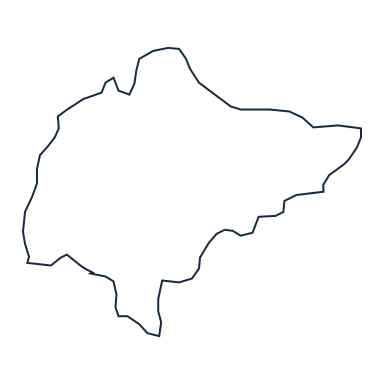 Okcheon-gun, North Chungcheong, South Korea (Mercator projection)
{"feature_id": "91817680B1659695850463", "entity_name": "Okcheon-gun", "entity_type": "district", "adm_level": 2, "iso_a3": "KOR", "parent_name": "South Korea", "parent_adm1": "North Chungcheong", "projection": "mercator", "projection_center": [127.662, 36.302], "detail": "fine", "context": "isolated", "style": "outline", "palette": "slate", "viewbox_px": 384, "rotation_deg": 0, "n_neighbors": 0, "source": "geoboundaries", "source_scale": "gbopen_adm2", "svg_char_len": 1082}
<svg xmlns="http://www.w3.org/2000/svg" viewBox="0 0 384 384"><path d="M361.0,128.4L338.1,125.4L313.3,127.4L302.3,117.5L289.4,111.5L269.5,109.5L240.7,109.5L230.8,106.5L214.9,94.6L199.0,82.7L190.0,68.8L186.0,58.8L179.1,48.9L168.1,47.9L153.2,50.9L139.3,58.8L136.3,70.7L134.4,83.7L129.4,94.6L118.5,90.6L113.5,77.7L105.5,82.7L101.6,92.6L84.7,98.6L84.1,98.5L65.8,110.5L57.8,116.5L58.8,128.4L54.8,137.3L47.9,146.3L39.9,155.2L37.0,169.1L37.0,183.1L35.0,189.0L32.0,197.0L25.0,211.9L23.0,231.8L25.0,243.7L29.0,256.6L27.4,262.9L50.9,265.5L60.8,257.6L66.8,254.6L81.7,266.5L86.6,269.5L92.6,272.5L90.6,273.5L105.5,276.5L113.5,281.4L116.5,294.4L115.5,307.3L118.5,316.2L127.4,316.2L139.3,324.2L147.3,333.1L159.2,336.1L161.2,322.2L158.2,311.3L158.2,299.3L162.2,280.5L179.1,282.4L192.0,278.5L199.0,268.5L200.0,257.6L208.9,242.7L216.8,233.7L224.8,229.8L232.7,230.8L240.7,235.7L252.6,232.7L258.6,216.8L275.5,215.9L283.4,211.9L284.4,200.9L296.4,195.0L323.5,191.7L323.2,185.0L329.2,175.1L344.1,164.2L349.0,159.2L357.0,147.3L361.0,137.3L361.0,128.4Z" fill="none" stroke="#1e293b" stroke-width="2"/></svg>